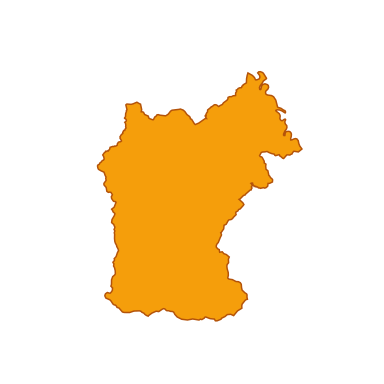 Bolívar, Valle del Cauca, Colombia (Robinson projection), rotated 298°
{"feature_id": "7082276B19709317443254", "entity_name": "Bolívar", "entity_type": "district", "adm_level": 2, "iso_a3": "COL", "parent_name": "Colombia", "parent_adm1": "Valle del Cauca", "projection": "robinson", "projection_center": [-76.334, 4.364], "detail": "fine", "context": "isolated", "style": "filled", "palette": "amber", "viewbox_px": 384, "rotation_deg": 298, "n_neighbors": 0, "source": "geoboundaries", "source_scale": "gbopen_adm2", "svg_char_len": 6043}
<svg xmlns="http://www.w3.org/2000/svg" viewBox="0 0 384 384"><g transform="rotate(298 192 192)"><path d="M245.4,105.3L245.3,103.9L245.4,101.2L242.2,98.6L240.8,97.1L239.1,93.2L238.1,92.7L237.6,92.9L234.1,96.0L233.2,95.8L232.3,96.3L230.1,96.6L227.3,97.9L225.6,97.7L225.3,98.2L225.5,98.9L224.7,100.3L223.6,100.6L222.0,99.9L221.5,100.9L219.9,102.2L218.4,102.8L217.6,103.7L216.1,103.4L214.8,103.7L214.5,103.0L213.5,102.8L213.0,103.0L212.2,102.8L211.2,103.4L209.6,102.7L206.9,102.5L206.3,103.1L205.7,103.2L204.3,105.5L203.9,105.8L202.9,105.4L201.9,104.0L201.3,103.6L199.3,103.5L198.4,104.0L198.0,103.9L196.6,103.0L196.1,101.9L195.4,101.7L195.1,100.7L193.0,98.7L191.1,99.2L189.8,98.9L189.3,98.5L188.7,98.7L188.4,97.8L187.6,97.3L187.4,96.6L186.7,96.8L185.8,96.2L182.8,95.8L181.7,97.5L180.1,98.8L179.4,99.0L178.5,98.8L177.6,98.0L175.9,97.8L174.7,97.1L172.9,97.1L171.9,96.3L170.7,96.3L169.1,97.5L168.1,98.8L168.0,101.6L168.2,105.0L165.9,107.5L164.8,109.1L163.6,109.4L162.0,110.7L158.5,110.2L157.7,110.4L156.8,111.2L155.7,114.1L152.6,116.5L152.4,118.3L153.3,119.4L153.6,120.7L152.2,123.0L149.9,123.0L148.4,124.2L147.1,126.7L147.0,127.4L147.6,129.1L147.1,129.8L142.0,130.4L139.1,129.1L138.3,130.7L137.4,131.6L136.9,133.8L136.5,134.2L134.6,134.5L130.2,134.3L127.4,135.3L126.9,136.4L126.7,138.0L125.4,139.5L125.2,140.0L124.3,140.6L122.3,140.8L121.4,142.2L119.5,142.5L118.4,143.5L114.6,145.4L112.2,147.0L110.9,148.3L109.5,150.4L108.5,151.2L107.0,153.5L105.6,154.7L103.7,154.6L99.3,155.3L96.6,154.6L95.9,155.3L94.9,155.7L93.6,155.2L92.6,155.3L91.9,156.8L89.8,157.5L88.9,159.0L86.4,161.2L83.8,162.7L82.5,162.7L80.0,161.7L76.7,162.2L72.6,164.3L70.8,164.6L69.9,167.0L69.0,167.2L68.1,167.8L66.2,167.8L64.3,167.3L63.9,166.5L63.5,164.4L61.5,163.4L59.8,163.6L59.1,164.1L57.9,165.8L58.2,170.0L58.0,171.1L55.9,175.0L55.8,176.4L56.2,177.6L55.7,178.9L54.9,180.0L55.3,181.9L53.4,186.9L53.8,188.7L56.3,193.5L59.6,196.6L62.4,201.4L62.7,202.9L62.3,204.1L62.4,206.6L61.9,207.6L61.6,209.6L61.8,211.6L62.6,211.7L66.3,213.5L69.9,216.3L70.8,218.8L74.6,220.8L75.7,221.7L76.0,222.9L75.4,224.7L75.4,225.6L76.2,227.1L76.5,229.1L77.3,230.8L77.3,232.3L75.9,234.3L74.7,237.6L74.8,242.6L76.9,248.1L80.2,252.2L82.1,257.9L82.5,258.5L83.6,259.0L84.0,260.6L86.3,262.0L87.4,262.1L88.1,262.8L88.7,267.5L90.3,271.5L89.3,272.9L89.3,273.3L90.1,274.7L93.2,277.3L94.6,277.5L97.5,279.6L100.3,280.7L102.2,283.6L102.4,286.8L108.4,288.0L112.8,290.6L114.8,289.4L116.5,288.9L121.4,289.8L122.5,290.4L123.3,291.3L125.0,289.9L127.0,288.9L127.7,288.0L127.8,286.2L128.9,282.3L130.9,280.6L133.7,278.8L134.6,277.2L134.6,275.1L133.6,272.9L133.6,268.8L132.5,265.7L132.6,264.3L133.2,263.8L135.5,263.2L137.9,261.8L140.7,259.1L143.0,257.5L144.5,257.1L146.7,257.5L149.7,255.7L152.1,255.4L152.9,251.7L152.5,249.1L153.4,246.8L151.8,244.7L153.9,243.1L153.9,241.5L154.7,239.4L155.7,238.7L157.5,238.4L159.8,238.9L165.3,238.3L167.5,238.3L168.4,237.9L169.5,236.5L169.9,236.8L174.3,237.3L177.7,235.9L179.5,237.3L184.1,237.4L184.7,237.7L186.1,239.5L187.4,240.2L189.6,240.6L192.7,241.6L194.0,240.4L195.2,240.3L196.8,241.4L198.4,241.4L199.7,242.5L204.2,243.6L205.3,243.7L206.4,241.9L207.6,237.0L208.5,237.7L213.1,239.1L214.5,240.4L215.2,240.3L221.1,242.5L221.7,243.3L222.7,243.0L223.7,243.1L224.1,242.3L224.6,242.0L225.8,242.3L226.5,241.4L226.9,241.4L227.3,240.0L228.0,240.6L228.3,241.3L227.5,241.9L226.2,244.1L226.6,244.2L226.8,245.4L226.6,245.5L226.9,245.9L226.6,246.2L227.2,247.6L226.8,248.7L227.4,250.1L227.3,250.6L229.4,253.1L229.6,254.4L230.7,255.4L232.7,256.1L235.3,255.1L236.0,256.4L238.6,258.3L240.6,257.5L241.3,256.2L241.5,254.7L242.6,252.9L242.7,252.1L246.4,249.0L246.8,246.7L249.3,245.0L251.3,244.2L251.6,242.1L253.1,241.3L255.2,238.2L255.7,237.1L255.3,235.7L255.8,234.6L259.4,234.6L260.4,235.5L261.7,237.6L263.0,239.2L263.0,241.5L263.3,244.2L264.0,246.8L263.3,247.9L263.3,248.7L265.9,251.4L265.9,251.7L265.1,252.4L265.0,253.8L264.4,256.3L264.6,257.2L269.2,258.3L269.8,259.2L270.6,261.1L271.8,261.7L272.4,262.4L274.3,262.4L275.8,262.8L277.3,267.1L281.6,268.9L283.2,265.6L284.9,263.6L287.2,261.7L288.1,259.7L287.8,258.4L286.7,257.1L284.9,255.7L284.3,254.7L285.3,254.1L287.8,253.5L289.8,252.6L290.8,251.5L291.2,250.3L291.1,249.1L289.9,247.2L289.0,246.6L288.0,246.6L285.5,247.5L285.0,246.8L285.2,246.1L286.2,245.6L289.7,245.4L291.9,245.8L293.6,245.5L295.1,244.5L295.8,242.7L296.8,241.5L297.9,240.9L299.7,240.8L300.1,240.2L299.6,239.4L297.4,238.3L297.0,237.4L297.2,236.3L298.1,235.1L300.5,234.2L301.5,233.2L302.2,232.1L302.7,229.3L303.0,228.1L303.4,227.7L304.5,228.5L305.5,230.7L305.8,233.3L305.5,237.1L306.1,237.2L307.1,236.6L307.5,235.7L307.3,234.6L307.7,231.2L307.1,228.4L307.3,227.6L312.5,222.8L314.4,219.3L314.5,217.0L313.1,213.2L313.1,211.6L313.4,211.0L314.6,210.1L315.6,209.8L318.5,210.7L320.4,210.5L321.8,209.4L322.2,208.3L321.8,205.6L320.3,204.2L318.5,203.7L314.9,204.6L314.4,204.2L314.4,203.6L315.9,202.5L317.9,202.3L321.5,202.9L323.5,202.9L326.9,204.5L327.4,204.4L330.4,199.2L330.6,197.9L330.3,195.8L329.4,194.5L328.0,194.1L326.7,196.9L325.5,197.9L324.6,198.2L323.2,198.1L321.4,196.5L320.9,195.4L322.4,193.4L323.3,190.6L323.4,185.5L320.8,186.0L317.6,187.0L313.9,188.8L310.6,186.8L310.0,187.0L308.8,186.4L308.0,186.7L307.3,186.6L306.5,185.3L305.2,184.2L303.7,183.9L302.7,183.2L301.6,184.2L300.0,184.0L297.6,185.2L296.3,183.2L294.7,182.1L293.8,180.4L292.7,179.6L292.4,179.4L291.1,180.0L289.5,179.8L285.5,177.9L283.5,177.7L281.4,176.1L280.6,175.9L279.9,175.2L280.3,174.0L280.3,172.4L279.9,171.3L279.4,170.7L276.8,169.6L276.4,169.0L275.6,168.9L271.8,167.3L269.9,168.1L268.6,167.8L266.6,168.0L266.4,168.5L265.7,168.7L265.6,167.9L265.3,167.9L263.7,170.3L263.3,169.3L256.0,165.6L253.1,163.2L253.4,162.0L256.0,157.6L255.9,156.2L256.7,155.6L257.5,154.5L258.0,151.2L259.7,147.9L260.2,145.7L259.8,142.8L258.9,141.8L254.8,135.9L253.3,135.1L249.6,134.5L246.9,133.0L244.7,127.4L244.6,126.2L243.8,124.9L241.9,124.6L240.7,123.9L237.8,124.0L237.3,123.2L236.9,120.4L237.1,119.0L238.5,117.8L238.2,113.8L239.6,111.8L239.6,110.9L239.0,109.5L241.1,108.9L245.4,105.3Z" fill="#f59e0b" stroke="#b45309" stroke-width="1.5"/></g></svg>